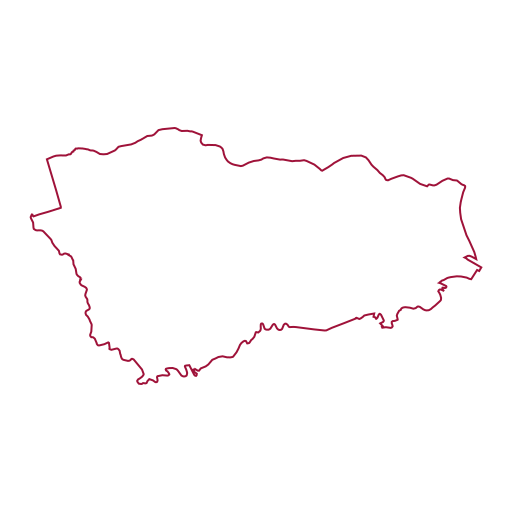 the district of Nobsa, Boyacá, Colombia
{"feature_id": "7082276B57023336405526", "entity_name": "Nobsa", "entity_type": "district", "adm_level": 2, "iso_a3": "COL", "parent_name": "Colombia", "parent_adm1": "Boyacá", "projection": "mercator", "projection_center": [-72.932, 5.776], "detail": "fine", "context": "isolated", "style": "outline", "palette": "rose", "viewbox_px": 512, "rotation_deg": 0, "n_neighbors": 0, "source": "geoboundaries", "source_scale": "gbopen_adm2", "svg_char_len": 6012}
<svg xmlns="http://www.w3.org/2000/svg" viewBox="0 0 512 512"><path d="M388.0,180.3L386.2,180.0L385.4,179.0L384.7,177.3L384.1,176.6L382.8,175.2L379.8,172.9L377.4,170.1L373.4,166.7L371.5,164.7L368.5,160.2L365.9,157.4L361.3,155.6L351.2,155.8L343.2,158.0L334.1,163.0L332.2,164.5L328.2,167.2L322.2,170.7L321.2,170.3L319.8,168.9L314.4,164.6L306.5,160.9L304.1,160.2L299.9,160.8L295.7,160.8L292.2,161.2L282.9,159.5L280.0,159.6L273.9,158.5L270.4,157.7L266.8,157.4L263.3,158.4L261.4,159.6L258.5,160.4L253.8,161.0L248.8,162.6L242.8,165.7L240.8,166.1L234.5,164.8L232.5,164.2L230.4,163.2L228.1,161.6L226.8,160.1L225.1,157.5L223.9,154.1L223.4,151.4L222.6,149.0L221.5,147.7L219.9,146.5L215.6,145.1L207.8,144.9L205.6,145.3L202.9,144.6L201.2,142.6L200.6,140.8L201.0,138.3L201.9,135.2L192.7,131.6L191.2,131.3L190.3,131.4L187.4,130.8L181.7,131.0L179.2,130.1L178.5,129.5L176.0,128.3L174.7,128.0L162.4,129.2L158.5,130.1L154.3,134.4L152.8,135.2L151.8,135.6L147.3,136.0L140.8,139.8L137.7,141.2L135.3,142.8L134.0,143.3L131.2,144.4L121.2,146.1L118.5,146.8L115.8,149.7L114.8,150.5L107.1,154.0L103.5,154.3L99.9,154.0L96.4,151.9L93.7,150.7L92.6,150.5L90.3,150.4L87.7,149.3L86.9,149.3L85.1,148.9L82.5,148.5L78.1,148.3L77.0,148.7L76.3,148.5L75.8,148.5L75.4,148.8L74.7,150.1L73.6,150.5L73.4,150.9L73.4,151.5L71.9,152.2L70.9,153.9L70.0,154.4L68.9,154.3L65.9,155.5L60.1,155.4L56.1,155.7L53.4,156.5L46.9,159.3L56.2,190.5L60.8,206.7L60.8,207.8L48.2,211.8L39.1,214.4L33.5,216.4L33.0,216.0L32.4,214.6L31.8,214.5L30.8,216.7L30.7,217.4L31.1,218.6L33.1,222.5L33.5,227.7L33.8,228.9L35.6,230.1L37.0,230.4L40.2,230.3L42.0,230.6L43.3,231.3L50.7,239.1L51.4,240.1L52.3,242.7L54.5,246.0L58.9,250.8L59.5,253.4L60.0,254.3L61.6,254.7L62.6,254.6L64.2,253.6L65.6,253.5L68.7,254.5L68.5,255.0L70.9,256.3L71.5,257.1L72.8,259.9L73.2,260.3L73.5,264.3L75.7,268.9L76.5,273.9L77.0,274.8L78.2,276.1L80.0,277.2L80.6,277.9L80.2,279.7L80.8,279.7L79.6,281.9L79.7,282.9L80.8,284.7L81.7,285.4L84.7,286.8L86.2,287.9L86.9,289.3L86.8,290.1L85.5,293.8L85.2,295.3L85.6,296.7L87.2,299.1L87.4,300.2L87.4,301.9L87.9,303.4L89.0,305.2L89.7,307.3L89.7,308.4L89.4,309.0L88.8,309.5L86.3,310.9L85.7,311.9L85.5,313.0L86.0,314.8L87.8,316.6L89.5,319.5L89.9,320.8L91.5,324.1L91.7,325.0L91.3,331.6L90.2,334.7L90.2,335.7L90.5,336.3L91.3,337.2L92.6,337.2L93.3,337.4L94.8,338.7L96.6,342.9L96.8,343.9L97.8,345.2L98.4,345.4L99.4,345.4L104.3,344.2L108.2,342.4L108.9,342.8L109.0,343.2L109.6,347.6L109.4,348.7L109.5,349.1L111.4,349.8L116.6,348.5L117.3,348.5L117.9,348.8L118.5,349.3L119.6,350.7L120.2,353.9L120.6,354.7L121.0,356.6L121.8,358.6L122.6,359.4L123.7,359.9L128.0,360.9L129.4,360.7L130.3,360.2L131.4,359.0L131.9,358.8L132.5,358.9L133.7,359.5L142.0,369.5L143.7,374.1L143.3,375.2L142.1,376.7L139.7,378.5L138.1,379.4L137.2,380.8L137.3,381.5L137.9,382.5L138.9,383.7L141.2,384.0L141.9,383.9L142.8,383.2L143.4,383.1L145.4,383.4L146.5,383.1L147.7,380.7L148.6,380.0L149.3,379.1L153.0,380.4L155.0,381.9L155.7,382.2L156.7,382.1L157.2,381.7L157.6,380.3L157.0,377.2L157.2,376.6L157.5,376.2L162.4,375.2L167.3,375.6L168.3,375.4L169.3,374.5L169.1,373.6L167.6,371.5L166.1,370.5L165.7,369.5L165.9,368.9L166.2,368.7L167.9,368.3L169.1,368.1L172.7,368.0L176.1,369.1L176.9,369.6L178.0,370.8L181.4,375.5L182.7,376.2L184.0,376.5L185.6,376.2L186.6,375.5L187.1,373.6L187.1,372.5L186.2,369.5L184.9,366.6L185.1,365.8L186.3,365.5L189.3,365.2L194.2,374.8L194.8,375.5L196.0,375.9L196.6,375.2L196.8,373.7L192.4,370.5L193.3,369.6L194.1,370.3L195.0,369.0L197.6,370.6L199.0,370.7L200.8,368.4L205.7,366.4L208.3,364.5L212.3,359.8L215.4,358.5L218.4,357.0L222.6,356.3L226.9,357.3L230.3,357.4L232.4,357.0L233.1,356.7L236.5,352.3L238.5,348.5L240.0,344.9L241.4,343.0L243.5,341.3L244.9,340.8L246.0,341.1L247.2,343.4L247.7,343.4L249.1,343.0L249.6,342.5L251.2,340.0L252.5,339.0L254.3,336.8L255.8,332.3L256.4,332.1L258.2,332.5L260.1,330.9L260.5,330.1L260.8,328.7L260.7,326.0L260.8,324.4L261.0,323.9L261.4,323.5L262.4,323.5L263.1,324.3L264.6,328.6L265.1,329.1L265.9,329.5L266.9,329.7L268.6,329.7L270.3,328.7L272.7,324.9L273.3,324.3L274.0,324.0L274.5,324.2L275.1,324.7L277.0,328.4L277.8,329.2L278.7,329.8L279.8,330.0L281.0,329.8L282.1,328.9L283.8,324.7L285.1,323.7L286.0,323.7L287.4,324.6L288.8,326.7L289.7,327.1L293.5,326.9L296.2,327.1L314.1,329.4L324.6,330.5L326.3,330.4L331.9,327.8L344.7,322.9L356.1,318.4L356.0,318.0L356.5,317.8L359.3,319.0L360.7,318.4L362.7,317.0L364.3,315.5L368.5,314.5L374.2,313.5L373.5,316.8L375.4,317.4L375.9,318.7L376.4,318.8L377.5,317.6L378.5,315.1L379.3,314.0L379.7,313.8L380.3,314.1L381.1,314.9L383.8,320.4L383.7,321.1L383.0,322.0L380.2,323.4L382.9,326.3L381.9,326.8L382.3,327.7L385.9,327.2L390.8,327.9L391.9,327.4L392.6,326.4L392.5,325.4L391.7,323.1L391.8,321.8L392.7,321.1L394.8,320.9L397.6,319.8L397.7,319.4L396.8,315.7L397.3,314.0L399.1,310.8L400.8,309.8L400.8,309.5L401.5,308.4L402.6,307.7L404.1,307.3L405.6,307.2L409.9,307.7L413.4,308.7L415.7,308.1L417.5,306.6L418.5,306.5L419.9,306.9L423.2,309.3L424.9,310.1L426.3,310.4L428.2,310.3L429.3,310.0L431.1,308.9L432.6,307.5L435.2,305.5L440.0,301.1L440.8,300.2L441.0,299.3L441.1,297.9L440.3,294.9L439.5,293.2L438.3,291.3L438.9,290.1L439.7,289.5L440.9,289.5L444.1,291.0L443.2,290.1L442.3,288.8L442.5,287.7L442.9,287.6L444.5,288.0L445.6,287.9L446.2,287.4L446.4,286.4L446.1,286.0L440.6,283.3L439.3,282.9L440.2,282.4L440.0,282.1L442.1,280.5L443.6,280.1L447.1,278.1L448.2,277.7L450.8,277.1L456.8,276.3L461.1,276.5L466.7,277.6L469.3,278.8L471.2,279.2L477.1,270.0L479.2,271.0L481.3,267.4L467.7,259.6L465.6,257.8L465.4,257.9L464.6,257.5L467.8,255.9L469.5,255.8L471.6,256.6L476.2,259.1L475.6,256.6L474.3,252.1L469.3,240.9L466.5,235.3L461.1,219.2L460.2,212.7L459.9,207.8L460.7,202.3L461.3,199.6L463.2,192.2L465.0,187.9L465.2,186.8L465.1,186.0L464.0,185.2L462.4,184.7L461.2,184.0L457.5,180.9L456.9,180.5L452.9,180.1L449.0,178.5L447.6,178.5L442.4,180.8L436.5,184.7L434.4,185.4L433.0,185.4L429.5,184.5L428.8,184.6L427.1,186.3L420.1,183.9L412.7,178.7L411.0,177.8L403.7,175.2L401.2,175.4L397.9,176.4L391.3,178.8L388.0,180.3Z" fill="none" stroke="#9f1239" stroke-width="2"/></svg>